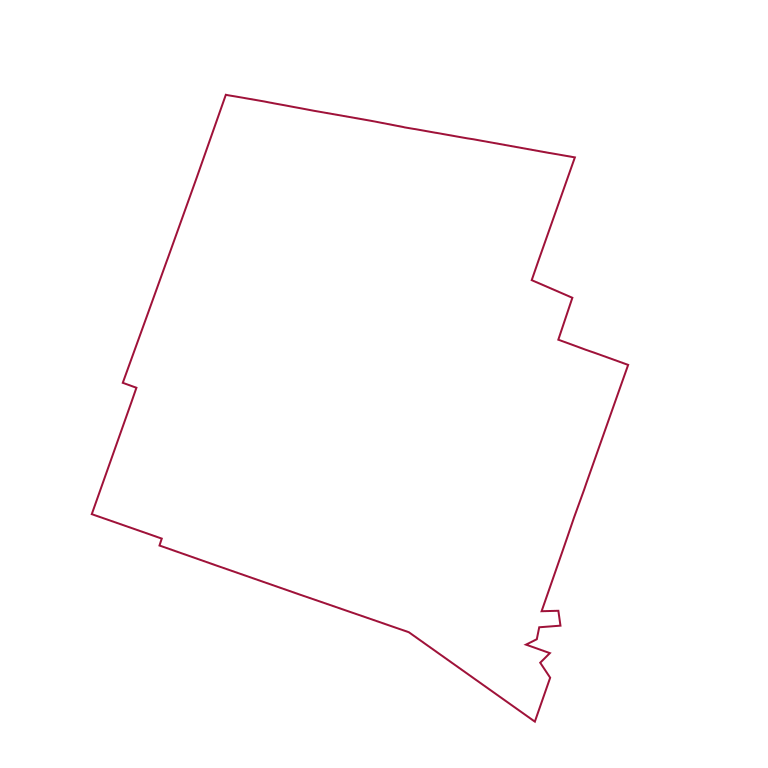 outline of Washington, Arkansas, United States of America, rotated 108°
{"feature_id": "52423323B11717840957677", "entity_name": "Washington", "entity_type": "district", "adm_level": 2, "iso_a3": "USA", "parent_name": "United States of America", "parent_adm1": "Arkansas", "projection": "albers", "projection_center": [-94.296, 35.993], "detail": "fine", "context": "isolated", "style": "outline", "palette": "rose", "viewbox_px": 768, "rotation_deg": 108, "n_neighbors": 0, "source": "geoboundaries", "source_scale": "gbopen_adm2", "svg_char_len": 958}
<svg xmlns="http://www.w3.org/2000/svg" viewBox="0 0 768 768"><g transform="rotate(108 384 384)"><path d="M109.5,272.5L113.0,297.1L113.2,298.1L122.9,369.2L123.6,374.5L124.6,380.5L125.9,389.7L129.0,412.0L129.1,412.4L131.9,432.8L132.2,434.5L133.4,442.6L133.6,443.9L133.6,444.0L133.6,444.6L137.7,477.7L145.8,535.0L147.4,547.6L148.4,555.0L149.6,564.4L151.1,575.4L151.4,578.1L151.6,579.3L152.3,585.2L152.8,588.7L156.5,614.5L157.5,621.0L157.8,623.8L245.5,625.9L331.8,628.5L333.9,628.6L390.8,630.4L463.6,632.8L464.1,618.3L478.9,618.6L598.1,621.7L599.7,547.6L607.0,547.6L608.4,488.5L610.3,399.3L611.3,342.3L612.4,283.7L658.5,136.2L612.0,135.2L600.8,149.3L588.7,143.1L588.0,168.4L579.5,159.8L567.4,161.2L559.3,141.5L545.8,148.1L551.4,163.9L488.9,162.6L472.3,162.3L452.0,162.0L422.4,161.0L415.6,160.9L309.2,158.2L290.4,157.7L289.3,192.1L289.1,202.7L288.0,231.9L243.8,231.5L239.6,275.6L218.3,275.2L109.5,272.5Z" fill="none" stroke="#9f1239" stroke-width="2"/></g></svg>